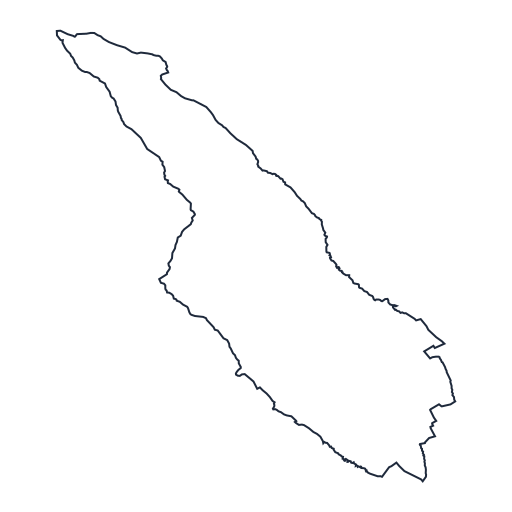 outline of Straoane, Vrancea, Romania
{"feature_id": "2599482B77853127668165", "entity_name": "Straoane", "entity_type": "district", "adm_level": 2, "iso_a3": "ROU", "parent_name": "Romania", "parent_adm1": "Vrancea", "projection": "robinson", "projection_center": [27.011, 45.969], "detail": "fine", "context": "isolated", "style": "outline", "palette": "slate", "viewbox_px": 512, "rotation_deg": 0, "n_neighbors": 0, "source": "geoboundaries", "source_scale": "gbopen_adm2", "svg_char_len": 6020}
<svg xmlns="http://www.w3.org/2000/svg" viewBox="0 0 512 512"><path d="M382.0,476.8L389.1,467.2L391.4,466.2L396.4,462.6L399.2,466.0L404.4,471.1L421.1,479.4L422.7,481.3L425.9,476.8L426.1,474.6L425.7,473.2L425.9,469.8L425.6,467.3L424.8,465.5L424.9,463.2L424.4,461.8L424.8,460.3L424.1,458.8L424.3,456.3L423.4,455.6L423.9,454.8L422.8,453.4L423.1,451.6L422.0,450.7L422.0,448.8L421.2,448.3L420.7,445.5L420.0,445.0L419.8,444.4L420.0,444.0L424.9,443.1L425.0,442.4L429.1,438.0L435.0,436.3L430.7,428.3L430.4,426.9L433.1,425.7L432.1,423.8L432.2,423.1L436.2,420.9L433.9,417.6L430.1,409.9L430.7,409.2L439.0,404.3L441.5,406.3L442.1,406.3L450.5,404.4L455.2,401.4L454.2,399.6L454.0,397.1L452.4,395.1L452.9,393.5L451.9,392.0L452.3,389.8L451.6,388.3L451.6,385.9L450.3,381.8L450.7,380.5L446.7,372.2L446.6,370.9L445.5,368.7L445.1,367.2L442.6,362.4L441.8,362.1L440.9,359.8L439.8,358.4L439.6,357.3L438.8,356.7L435.7,356.7L432.4,357.2L430.1,358.4L424.2,351.4L433.4,345.8L434.8,348.0L444.4,343.7L441.8,341.2L436.2,337.2L428.3,329.8L426.5,326.2L420.7,319.1L416.1,320.4L414.6,318.8L405.8,313.2L404.2,313.3L402.2,312.4L400.5,312.9L399.2,311.4L397.2,310.9L395.7,309.6L395.1,309.9L393.0,307.4L392.9,306.6L394.4,305.7L395.8,306.3L396.6,305.9L394.4,305.1L392.7,305.2L390.2,304.5L388.4,302.5L388.3,300.4L387.5,298.9L385.1,299.1L382.3,301.2L381.4,301.1L380.2,300.0L378.7,299.5L376.2,299.5L375.2,300.3L374.5,300.0L373.6,298.9L373.1,297.1L372.3,296.0L369.2,294.8L367.0,292.0L364.3,291.1L362.1,288.6L359.5,287.8L359.1,287.4L358.8,284.6L358.3,284.2L354.4,283.5L353.3,282.9L352.5,280.3L349.1,277.1L349.2,275.2L346.0,275.2L343.8,273.9L342.8,273.2L342.6,272.3L341.9,272.2L341.7,270.9L340.1,270.7L338.8,269.6L338.8,268.9L339.5,268.3L338.9,267.2L338.2,267.0L337.6,267.9L337.0,267.9L336.1,266.2L336.5,264.9L335.9,263.9L333.3,261.0L331.5,260.5L330.1,258.4L330.0,257.7L331.0,257.3L330.4,255.7L329.5,255.3L330.0,254.2L329.5,252.9L326.7,252.3L326.4,251.4L326.3,246.9L327.5,244.9L325.7,242.2L325.6,238.9L326.8,237.5L327.0,236.5L325.3,235.9L324.4,234.8L325.3,232.7L323.3,229.9L323.1,228.6L321.8,224.4L321.9,221.7L321.1,220.5L321.2,219.9L319.5,219.1L318.8,218.0L317.3,217.6L315.4,216.2L314.9,215.0L313.9,213.9L311.9,213.2L308.6,208.8L306.2,206.4L304.8,203.1L303.0,201.3L301.4,200.6L300.4,199.1L297.0,195.8L294.7,192.2L290.5,187.4L285.2,184.4L285.1,182.4L283.5,181.8L282.5,179.2L281.2,178.5L280.5,178.7L278.2,176.1L276.3,175.9L276.0,175.3L276.2,174.8L274.9,173.9L273.3,173.8L272.6,174.2L270.3,173.0L267.9,172.7L266.9,171.2L263.5,170.4L262.5,170.6L260.7,168.5L258.2,166.6L258.3,165.9L257.4,164.2L258.1,162.2L258.1,161.0L257.2,159.4L256.2,158.8L255.6,156.6L253.0,153.2L252.6,150.9L246.0,145.0L236.8,139.2L230.4,133.3L225.6,128.0L223.5,127.0L222.1,125.3L218.4,123.0L215.6,119.9L213.0,115.1L210.8,112.1L206.3,107.0L193.4,100.3L192.0,100.3L185.0,98.3L181.1,96.1L176.5,92.2L170.8,89.8L165.4,84.6L160.9,79.1L161.2,78.0L160.8,75.8L162.2,74.5L168.2,72.5L167.6,70.9L166.9,70.2L166.1,68.5L167.2,66.8L167.2,66.3L166.3,64.7L165.6,62.0L162.8,60.3L161.8,58.5L159.9,56.4L158.5,55.8L156.1,55.7L153.2,55.0L152.6,54.4L147.6,53.4L140.9,52.6L137.0,53.5L132.1,52.1L125.1,47.6L117.0,45.2L109.0,42.1L103.5,38.9L100.7,36.3L97.7,35.2L94.3,33.0L90.8,32.9L86.5,33.7L77.4,34.1L76.8,34.3L75.1,36.6L74.5,36.7L73.3,35.9L67.7,34.2L60.4,30.7L56.8,31.0L57.0,35.4L60.4,39.8L61.6,40.4L62.8,40.2L62.5,42.8L65.1,47.9L67.0,50.6L70.2,53.7L71.1,56.0L72.7,57.5L74.3,60.4L74.9,62.6L76.9,64.8L78.3,67.8L81.9,70.7L85.1,72.0L86.8,72.0L89.6,73.0L93.8,76.5L97.7,77.7L99.3,79.1L99.7,80.7L105.0,83.5L106.2,87.0L109.6,91.7L110.8,96.2L112.1,97.7L113.6,98.5L115.5,101.5L116.0,105.0L117.6,107.7L117.8,110.4L118.2,111.7L120.6,116.0L120.9,117.9L121.6,118.9L121.7,120.0L123.4,122.1L124.1,124.1L126.5,126.5L131.5,129.2L140.8,137.9L147.2,149.0L159.2,157.1L160.9,160.7L162.6,161.7L162.4,164.7L164.2,167.1L165.0,171.0L164.1,172.6L164.4,174.7L165.2,175.9L164.5,176.8L165.1,179.3L168.0,180.4L167.7,181.5L167.9,183.1L170.2,184.0L173.2,186.6L178.4,188.8L179.4,189.7L178.8,191.5L179.1,191.9L182.4,194.6L186.8,199.8L190.3,202.7L190.9,203.6L190.6,209.3L190.9,210.2L193.4,211.6L194.9,214.2L194.8,214.9L191.9,217.9L192.7,220.5L191.3,222.6L190.8,224.2L184.2,229.3L182.1,231.8L180.7,235.7L177.8,237.5L176.9,241.9L175.5,245.0L175.0,248.4L172.4,253.0L172.0,258.3L170.5,260.9L168.4,263.4L168.8,265.7L169.9,267.1L169.6,269.0L167.0,272.6L166.9,274.2L159.2,279.1L160.9,282.8L164.0,283.7L165.3,285.3L165.3,288.4L165.6,289.6L166.6,290.5L167.1,292.5L169.2,292.7L171.6,294.1L173.1,295.7L173.8,298.6L175.7,299.1L176.4,299.6L176.7,300.7L179.8,301.8L183.0,304.6L187.2,306.8L188.0,308.1L189.4,312.4L190.4,314.1L191.4,314.8L194.9,316.0L203.1,316.9L206.0,318.2L206.9,320.1L213.6,327.2L214.8,329.7L217.7,330.5L223.5,338.3L227.2,340.1L229.1,343.6L229.5,346.8L230.7,348.4L233.0,353.3L235.0,355.2L235.9,357.8L237.2,359.5L238.7,360.7L238.8,363.4L240.8,367.0L240.7,368.1L238.5,369.8L236.9,371.7L235.9,373.4L236.0,374.6L237.8,375.7L239.8,375.9L241.9,374.4L244.7,374.1L253.5,381.5L257.2,388.8L259.9,387.4L262.6,390.2L266.6,393.5L269.8,397.0L272.6,401.0L274.6,402.3L273.9,403.7L274.4,405.1L274.2,406.5L272.9,408.7L273.3,409.4L275.3,409.2L276.8,409.9L278.5,411.3L281.0,412.2L284.0,414.4L286.7,415.4L291.4,416.3L296.1,420.8L296.3,421.1L294.9,422.0L296.0,423.0L298.9,424.9L301.9,424.6L304.0,425.1L308.9,428.2L313.4,432.0L317.0,433.9L320.4,436.7L322.9,441.2L323.3,443.2L324.3,442.0L325.7,442.8L327.1,442.9L329.2,445.4L329.8,446.8L331.1,446.6L331.7,448.0L333.7,448.7L333.6,449.6L335.3,452.2L338.2,453.3L338.6,454.3L340.9,455.5L341.6,456.4L343.0,456.8L342.6,458.7L343.6,459.0L343.7,459.7L344.5,460.8L345.2,460.7L345.1,459.4L345.8,458.9L347.7,460.2L347.5,461.9L348.2,461.8L349.2,460.9L350.7,461.3L351.2,462.7L352.4,463.0L353.7,462.3L354.0,463.4L356.0,464.5L355.8,465.9L356.7,465.4L357.7,466.0L357.8,466.8L358.5,466.4L359.8,467.0L360.6,466.5L361.1,466.7L360.9,467.7L361.3,468.0L363.9,468.2L365.2,468.7L365.5,469.7L366.4,470.2L365.9,471.0L366.2,471.6L367.2,471.6L367.9,472.6L370.1,473.7L377.8,476.3L380.5,476.2L382.0,476.8Z" fill="none" stroke="#1e293b" stroke-width="2"/></svg>